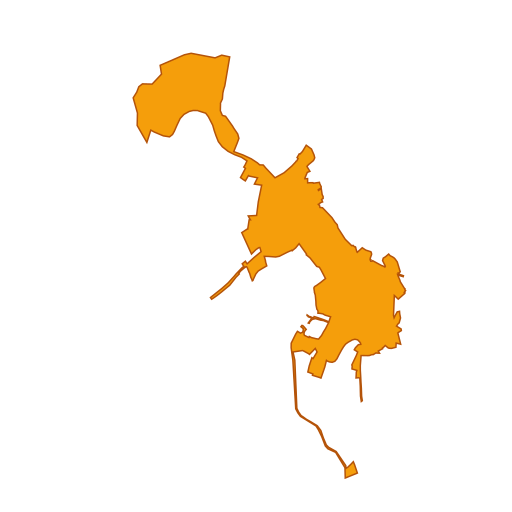 the district of Miercurea Ciuc, Harghita, Romania, rotated 110°
{"feature_id": "2599482B67036234724680", "entity_name": "Miercurea Ciuc", "entity_type": "district", "adm_level": 2, "iso_a3": "ROU", "parent_name": "Romania", "parent_adm1": "Harghita", "projection": "robinson", "projection_center": [25.638, 46.385], "detail": "fine", "context": "isolated", "style": "filled", "palette": "amber", "viewbox_px": 512, "rotation_deg": 110, "n_neighbors": 0, "source": "geoboundaries", "source_scale": "gbopen_adm2", "svg_char_len": 6144}
<svg xmlns="http://www.w3.org/2000/svg" viewBox="0 0 512 512"><g transform="rotate(110 256 256)"><path d="M341.6,185.6L386.0,166.4L389.1,163.0L391.5,159.4L395.2,141.5L397.9,138.0L403.2,132.5L410.8,125.9L412.6,122.5L413.3,114.0L424.5,100.0L434.1,96.2L425.3,86.5L418.4,92.0L416.0,94.2L419.7,95.8L421.6,96.8L422.2,97.0L422.9,97.4L424.8,98.8L422.2,100.0L412.3,113.8L410.9,122.3L409.5,125.3L404.1,130.3L402.3,131.8L397.8,135.4L394.6,140.3L393.1,147.5L392.2,152.8L391.1,156.6L390.5,159.1L388.2,162.4L385.2,165.5L340.6,183.9L333.5,188.4L333.0,187.4L329.0,180.1L328.9,179.4L329.8,173.1L330.2,172.1L322.6,168.7L325.3,165.8L332.9,167.3L332.5,168.7L341.1,168.4L347.3,167.6L347.3,166.4L347.4,162.2L348.8,162.1L348.4,154.5L348.5,154.2L348.5,153.2L341.0,153.3L336.6,153.4L330.0,154.1L330.2,153.6L330.3,153.0L330.4,152.1L330.4,150.6L329.8,148.0L328.0,145.9L325.0,144.8L320.7,144.3L314.8,143.4L311.4,142.7L308.2,141.7L305.5,139.9L303.1,137.8L301.9,136.8L300.4,134.6L300.0,131.9L301.2,129.3L302.1,128.0L303.2,127.3L304.3,129.5L308.2,131.2L310.5,131.6L310.6,131.2L311.4,127.6L315.2,127.7L325.6,128.7L326.5,128.0L329.3,127.2L329.0,122.1L330.9,122.0L333.7,121.1L336.4,120.3L335.3,117.9L335.2,116.7L342.7,113.5L351.9,109.9L356.7,107.3L355.6,106.6L351.6,108.8L344.4,111.7L338.7,114.2L332.5,116.8L327.9,118.8L323.3,120.5L313.6,123.2L313.4,122.7L311.5,117.2L310.7,115.3L309.6,114.1L308.9,113.0L308.6,112.1L306.2,110.3L305.1,106.7L303.5,108.6L299.8,105.3L299.3,105.7L297.5,104.6L295.9,104.0L297.2,100.2L297.0,98.8L296.5,97.1L293.9,93.3L289.9,94.5L289.4,89.9L279.8,96.4L278.8,95.8L276.4,93.9L274.9,94.7L274.5,96.8L273.8,100.0L271.1,99.3L269.9,98.6L264.8,99.0L261.3,101.1L258.9,102.2L260.2,104.2L264.1,104.8L266.8,105.1L264.7,106.5L245.8,112.5L246.5,110.8L247.9,107.6L240.3,103.4L240.0,103.4L239.8,104.1L239.2,103.7L238.9,103.7L238.7,104.1L237.3,103.6L236.8,104.6L235.9,104.7L235.7,105.4L230.9,111.5L229.3,112.7L227.0,114.9L225.2,116.4L225.3,115.3L225.3,114.1L225.1,110.6L224.1,110.7L224.2,116.3L223.4,116.7L222.9,115.6L221.5,115.1L213.3,121.2L211.3,124.1L210.6,125.5L210.2,127.0L209.8,130.2L208.8,132.0L212.3,134.0L214.5,135.7L217.0,135.5L221.3,131.0L221.9,130.9L222.3,131.2L221.9,133.6L222.1,134.2L220.5,144.8L221.3,145.2L221.3,145.6L221.6,146.4L220.2,146.8L220.5,147.5L218.9,147.9L215.0,147.9L213.9,148.4L212.7,149.5L212.9,154.9L212.6,156.1L211.9,159.0L217.9,162.1L217.6,162.6L214.8,164.7L214.2,165.0L213.6,165.4L213.4,165.9L213.7,166.2L213.3,167.4L212.8,168.5L213.5,169.2L213.6,169.5L210.4,176.5L209.6,178.1L201.6,188.6L198.8,190.4L197.3,193.3L194.0,197.7L187.9,210.0L188.5,212.5L187.0,213.4L186.1,215.1L185.0,214.0L184.1,213.9L182.4,211.9L180.4,213.7L179.0,212.6L177.1,213.3L175.7,214.8L170.4,217.7L173.0,219.7L172.4,220.2L169.7,218.1L168.6,218.4L166.3,220.8L165.1,221.6L167.4,225.9L168.0,227.0L167.6,227.5L168.5,229.9L169.6,232.5L165.6,234.0L166.7,236.5L166.0,236.7L161.8,236.5L159.9,236.4L158.0,234.3L154.9,238.2L154.3,238.8L152.0,237.8L149.0,236.0L146.9,234.8L145.7,234.5L143.6,234.4L141.1,236.1L136.5,240.5L135.8,242.9L134.7,246.7L141.9,248.1L145.1,249.5L145.2,250.3L149.5,251.1L150.0,249.8L152.7,250.2L153.1,250.7L154.1,250.9L159.2,253.1L168.2,258.1L176.0,264.9L170.1,276.7L168.0,280.3L169.1,283.7L168.0,286.5L166.3,293.7L165.5,302.7L165.5,312.6L156.2,312.3L151.3,312.3L147.6,314.9L143.5,320.6L142.0,322.4L135.1,332.4L135.4,335.7L131.7,339.2L125.4,341.3L124.5,341.7L119.9,341.3L114.2,342.9L110.1,343.4L106.9,343.5L77.9,348.8L79.0,356.9L83.8,362.2L87.7,386.3L91.4,392.1L109.6,411.3L117.4,407.0L130.0,412.4L133.1,421.6L137.0,424.0L142.8,424.1L149.4,425.5L162.2,416.3L174.0,412.3L186.6,397.4L173.7,397.9L174.3,394.1L174.8,384.1L173.6,378.0L170.4,376.0L166.7,375.4L160.2,375.0L152.7,374.3L147.5,372.1L143.0,368.2L140.8,364.9L139.3,360.7L139.3,358.7L139.0,352.1L141.4,348.4L147.9,341.4L152.6,338.0L156.8,334.6L161.4,330.5L164.9,325.0L167.2,318.0L168.1,310.6L168.2,303.4L169.7,297.0L174.3,297.4L175.3,297.6L176.6,297.9L177.2,295.9L181.3,296.5L187.6,297.4L188.5,294.3L189.1,291.7L183.0,290.6L183.2,289.6L182.0,281.3L189.0,282.1L187.5,274.9L199.5,273.1L204.2,272.4L217.7,269.3L221.0,277.0L222.6,275.3L223.9,273.6L224.4,274.8L233.5,273.0L233.7,273.5L238.9,277.4L255.7,260.9L250.1,258.3L247.2,256.2L246.7,255.3L247.3,254.8L250.2,252.7L258.2,257.4L266.4,261.7L266.1,262.2L264.5,264.2L268.0,266.3L269.7,264.3L269.9,263.9L272.0,265.2L279.7,268.6L282.8,269.7L286.1,271.1L287.4,271.6L290.8,273.0L298.2,277.0L310.6,284.6L311.8,282.9L310.2,281.7L306.6,279.2L301.5,276.0L295.3,272.4L292.5,270.7L282.5,267.4L281.3,266.8L278.6,265.6L278.1,266.3L275.2,265.2L271.5,263.1L269.4,261.7L269.3,261.2L270.1,260.1L273.7,256.9L274.1,256.4L274.9,255.7L277.8,253.6L279.6,251.8L280.6,251.0L280.0,250.5L278.6,250.5L272.9,250.0L269.4,248.8L266.3,246.4L261.6,242.5L258.0,245.2L257.6,245.2L253.5,248.1L252.2,244.3L250.2,237.2L248.3,234.0L245.3,231.2L241.7,227.8L238.3,224.3L238.7,223.8L234.8,221.5L229.7,219.7L236.9,209.2L237.7,209.2L239.3,204.6L245.0,195.4L244.9,192.6L246.9,190.1L253.4,183.0L258.9,186.3L263.3,189.3L264.0,190.0L264.9,190.5L265.7,190.7L266.4,190.6L267.6,190.0L269.4,189.0L270.0,188.8L270.8,188.2L272.5,186.9L278.2,184.2L281.6,182.8L285.2,180.6L285.6,179.9L286.0,179.4L286.6,178.9L288.6,178.2L288.4,177.6L288.2,177.1L287.9,175.6L287.5,173.5L287.9,171.2L287.9,169.6L287.8,168.8L287.7,167.0L287.6,165.1L289.9,165.1L292.9,165.0L292.7,169.8L292.7,171.8L292.8,175.0L292.8,176.6L293.0,180.7L294.1,180.7L294.6,181.3L294.5,183.6L294.4,184.0L294.7,184.9L293.9,187.8L294.5,187.7L294.8,186.6L295.1,186.2L295.3,186.0L295.2,184.5L295.3,182.6L296.4,182.6L301.1,184.0L301.1,183.0L300.8,182.9L300.4,183.0L299.9,183.0L298.2,182.4L296.6,181.6L296.0,181.0L294.7,178.9L294.5,178.3L294.2,173.3L293.8,171.4L293.6,170.5L293.7,169.3L293.7,168.3L293.8,165.0L297.1,165.4L300.4,165.8L304.1,166.6L308.2,167.2L312.7,168.8L313.2,171.5L313.4,173.6L313.7,175.9L313.4,178.4L314.5,178.4L314.0,183.3L313.4,183.9L312.4,184.4L311.1,184.6L309.6,184.4L307.8,183.7L306.1,186.7L305.6,187.8L305.4,188.2L305.5,189.1L307.1,189.6L308.1,186.8L309.8,186.2L311.7,186.1L312.1,186.4L312.5,187.1L313.3,187.7L312.6,191.3L315.8,192.0L325.9,193.1L330.2,191.6L341.6,185.6Z" fill="#f59e0b" stroke="#b45309" stroke-width="1.5"/></g></svg>